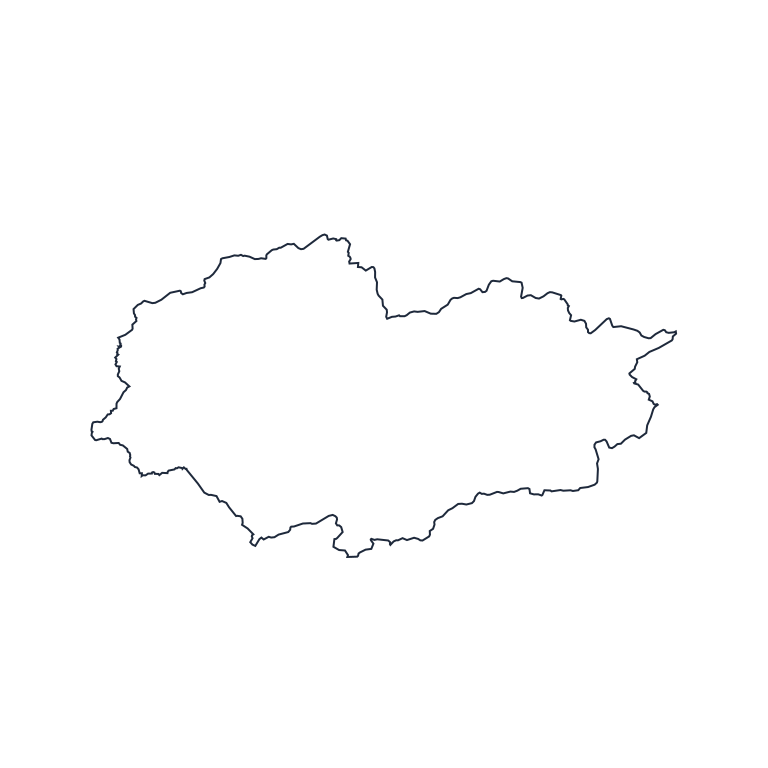 Sa Thay, Kon Tum, Vietnam (Robinson projection), rotated 239°
{"feature_id": "81297802B78907971348627", "entity_name": "Sa Thay", "entity_type": "district", "adm_level": 2, "iso_a3": "VNM", "parent_name": "Vietnam", "parent_adm1": "Kon Tum", "projection": "robinson", "projection_center": [107.651, 14.266], "detail": "fine", "context": "isolated", "style": "outline", "palette": "slate", "viewbox_px": 768, "rotation_deg": 239, "n_neighbors": 0, "source": "geoboundaries", "source_scale": "gbopen_adm2", "svg_char_len": 6166}
<svg xmlns="http://www.w3.org/2000/svg" viewBox="0 0 768 768"><g transform="rotate(239 384 384)"><path d="M551.5,376.3L553.7,373.5L554.0,365.6L554.8,364.4L554.8,361.5L556.3,358.3L556.5,356.7L555.5,350.5L554.9,349.4L552.5,348.0L552.2,347.0L555.1,343.4L555.8,340.9L557.6,337.6L562.4,334.3L565.8,330.6L566.2,329.2L568.4,327.9L569.0,325.1L571.3,322.0L572.5,316.9L575.0,310.2L575.0,308.6L571.9,306.1L568.6,300.3L566.2,294.2L565.3,289.2L566.3,284.3L565.2,283.2L562.6,282.8L561.7,281.3L559.9,280.4L559.5,279.2L560.5,276.2L561.5,266.8L563.7,261.7L564.5,257.8L566.4,257.0L568.2,257.6L569.1,257.1L572.3,247.7L570.9,236.6L571.4,229.8L572.6,227.1L578.7,221.5L578.8,220.0L578.1,217.3L578.6,213.7L577.2,207.9L573.3,206.0L571.3,206.1L569.9,205.3L568.1,205.9L567.1,204.7L565.5,204.2L564.5,198.9L560.9,197.0L560.2,196.0L559.4,187.6L560.6,180.0L558.4,180.2L555.3,178.7L554.4,179.1L553.1,177.8L552.4,178.5L551.6,178.0L551.4,177.4L552.7,175.9L551.5,176.0L551.4,173.8L550.1,173.2L548.7,171.3L547.8,171.5L547.0,170.7L546.0,171.3L545.1,167.2L543.2,167.5L541.6,165.9L540.5,166.3L539.1,163.9L537.0,163.9L535.1,166.5L533.7,164.5L531.3,163.7L529.2,160.7L527.8,159.9L525.8,160.7L521.9,160.6L518.8,162.8L513.1,164.5L513.2,162.0L511.7,159.7L511.1,156.5L507.1,150.0L505.9,146.0L504.9,144.6L501.0,142.2L501.8,139.4L500.8,137.7L501.7,136.1L499.5,135.0L499.4,133.1L500.2,131.5L498.7,128.3L498.1,124.7L497.1,123.6L496.9,122.6L497.4,121.1L499.3,118.9L500.9,115.1L500.1,113.5L495.5,109.7L494.2,109.1L493.1,109.5L492.7,108.5L490.6,106.8L484.8,107.5L484.0,108.4L482.6,113.9L481.8,114.2L480.7,116.0L479.9,119.5L478.0,120.8L474.0,120.1L472.6,121.5L470.1,126.2L467.8,126.5L465.9,128.5L460.6,130.4L458.0,129.5L455.9,130.5L453.8,129.9L452.8,129.0L451.5,128.8L449.8,126.6L448.0,125.7L445.2,125.8L442.8,127.4L441.2,127.7L439.6,129.3L437.3,129.7L433.3,128.6L432.2,130.5L429.9,128.9L430.0,130.2L428.5,132.6L428.7,135.6L426.8,138.9L427.6,139.6L427.4,140.8L426.4,141.6L425.0,141.3L423.1,144.3L421.6,144.5L422.1,148.1L419.1,152.5L420.2,153.5L420.7,154.8L418.7,160.4L419.2,162.1L418.4,163.0L418.4,165.0L415.8,167.8L415.1,167.6L415.6,169.5L413.3,170.2L413.0,171.0L411.8,170.7L394.5,173.2L383.5,174.0L379.2,176.6L378.0,178.7L374.2,182.7L367.7,182.4L367.1,184.9L363.3,187.6L358.1,187.7L347.0,189.2L346.6,190.3L344.4,193.0L341.4,193.2L337.7,191.3L336.4,189.8L330.4,192.7L322.4,194.6L322.3,193.0L321.5,192.2L319.5,191.9L317.3,187.9L314.1,188.5L311.5,190.3L315.2,197.3L315.5,199.8L312.7,200.8L312.4,206.5L310.5,208.2L309.1,211.2L309.2,216.1L306.4,225.7L307.4,228.5L309.2,229.9L309.5,231.0L308.2,233.5L306.2,242.6L302.6,249.3L301.2,250.3L299.4,253.8L299.4,268.7L298.2,272.6L295.8,274.2L293.8,274.7L292.1,274.0L289.3,271.0L286.9,271.1L285.8,272.8L283.4,273.6L278.4,272.3L276.1,264.6L275.9,263.3L276.6,261.6L270.5,256.8L264.8,260.0L261.4,264.8L255.9,265.0L254.6,263.5L249.8,272.1L250.1,273.3L251.8,274.9L252.0,276.7L251.5,282.9L249.2,288.2L252.6,292.7L256.8,292.3L257.6,292.6L257.8,293.4L255.3,295.5L254.4,298.2L247.7,307.0L245.2,307.8L243.7,306.6L242.8,306.6L244.1,311.2L243.8,313.9L242.8,315.5L242.3,320.5L238.4,323.3L236.7,330.6L233.6,333.5L231.3,334.6L230.0,336.4L230.1,344.2L231.2,345.8L234.4,347.5L234.6,351.5L237.5,354.9L239.8,355.9L241.1,357.9L241.3,361.1L240.4,366.1L242.7,374.0L242.3,378.7L243.0,385.8L241.2,389.2L238.3,392.5L236.6,398.0L237.3,400.8L240.2,404.3L241.6,408.1L241.6,410.1L239.5,411.2L238.5,413.2L235.8,415.4L234.6,417.7L233.3,425.3L232.4,426.6L228.8,429.9L226.7,436.9L224.5,439.9L223.9,443.3L223.8,447.2L220.6,453.7L219.1,454.6L215.1,452.9L212.2,455.6L210.0,459.4L207.2,461.7L207.3,462.6L210.3,466.8L207.0,471.8L205.7,472.3L202.2,480.7L200.2,482.7L196.8,489.2L195.0,490.8L192.9,495.8L193.8,498.6L190.6,505.8L189.2,512.7L189.8,515.7L190.7,516.7L201.0,523.6L206.2,525.7L209.0,529.2L218.9,531.7L221.4,531.8L223.6,533.2L224.7,535.7L223.4,540.1L223.1,543.6L222.3,544.8L220.1,545.2L213.5,544.3L211.6,546.4L211.6,549.4L212.3,553.1L210.8,556.3L212.2,561.9L212.3,569.1L211.3,571.8L206.2,574.8L207.0,583.6L213.0,588.3L218.4,595.9L223.6,601.7L224.8,603.9L225.2,607.9L226.1,607.7L226.6,605.7L228.0,604.9L230.9,605.2L234.2,602.9L236.4,605.4L239.0,606.1L240.4,605.1L241.2,605.4L242.3,605.0L243.4,603.3L244.7,602.6L252.6,601.6L255.6,598.8L256.2,598.8L256.0,600.3L257.1,600.7L258.1,602.7L262.2,600.2L265.5,599.4L266.7,599.8L267.8,606.7L269.5,608.1L272.2,612.3L275.0,613.5L274.0,622.0L274.8,628.0L273.4,638.1L273.1,653.1L273.7,654.4L276.0,656.1L276.7,660.3L278.8,661.2L278.9,659.4L281.2,654.4L283.0,652.6L285.5,652.4L286.6,651.3L286.9,642.5L286.0,636.2L286.9,634.4L290.3,631.2L293.0,629.6L296.5,629.7L299.1,628.6L302.2,626.0L311.4,617.0L314.7,609.9L316.5,609.7L323.4,611.2L324.5,610.6L324.9,608.3L321.5,592.8L321.0,587.3L321.9,586.1L323.4,585.6L325.5,586.8L328.4,586.5L331.6,588.2L334.9,588.3L337.7,585.8L339.5,579.4L341.9,576.6L342.9,576.2L346.6,579.8L349.4,579.3L352.3,579.6L354.5,580.7L355.6,582.6L356.7,582.0L357.6,582.5L363.7,582.1L364.6,581.5L365.2,579.6L365.9,579.2L368.4,581.5L369.1,581.4L375.9,575.4L377.3,573.5L377.6,570.9L377.0,565.9L377.4,560.9L379.6,558.3L384.5,555.6L385.9,552.6L386.2,547.4L386.7,546.3L388.3,546.5L395.0,552.4L400.0,554.1L401.1,553.4L406.0,546.8L410.6,544.7L411.7,543.4L412.2,540.7L412.2,536.0L416.3,530.7L416.8,528.9L415.1,525.0L411.1,519.9L410.9,518.0L412.0,515.7L415.7,515.2L416.9,514.2L417.2,505.2L418.7,500.9L419.0,494.1L419.7,491.4L421.8,488.4L422.2,486.6L421.9,484.4L419.2,479.5L419.0,471.7L417.3,468.1L417.2,465.0L420.2,460.3L425.6,456.4L428.5,450.0L430.7,447.2L431.9,443.0L431.3,438.9L431.5,436.6L433.8,432.7L435.1,432.3L435.9,428.6L437.5,425.4L438.3,420.3L440.5,420.5L443.9,423.5L446.3,424.6L451.6,423.4L457.2,426.1L462.6,424.9L464.6,425.0L468.6,426.3L474.8,430.4L479.9,431.2L484.6,434.1L488.0,435.3L489.6,435.1L490.6,433.8L490.6,426.8L495.6,424.9L497.7,421.9L501.0,424.3L505.0,416.5L506.9,417.2L508.2,419.7L509.0,420.1L510.8,420.2L512.3,419.4L514.6,421.3L515.9,421.1L521.3,426.9L525.6,426.5L526.7,425.5L528.4,426.0L531.0,422.5L530.3,419.8L531.3,417.3L531.8,417.0L532.8,417.6L534.9,415.4L536.3,410.7L537.2,410.4L540.6,411.5L542.7,410.1L543.3,407.9L543.3,404.8L541.3,384.7L542.3,382.3L544.6,380.6L550.6,378.9L551.5,376.3Z" fill="none" stroke="#1e293b" stroke-width="2"/></g></svg>